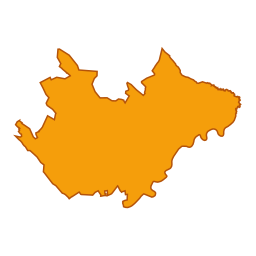 Valmieras pag., Burtnieku, Latvia
{"feature_id": "27541924B48848471739366", "entity_name": "Valmieras pag.", "entity_type": "district", "adm_level": 2, "iso_a3": "LVA", "parent_name": "Latvia", "parent_adm1": "Burtnieku", "projection": "mercator", "projection_center": [25.5, 57.594], "detail": "fine", "context": "isolated", "style": "filled", "palette": "amber", "viewbox_px": 256, "rotation_deg": 0, "n_neighbors": 0, "source": "geoboundaries", "source_scale": "gbopen_adm2", "svg_char_len": 5654}
<svg xmlns="http://www.w3.org/2000/svg" viewBox="0 0 256 256"><path d="M230.7,124.4L231.2,123.7L232.5,122.7L233.1,122.0L234.3,120.2L235.8,116.0L235.7,115.2L235.8,114.3L235.7,114.1L235.7,113.7L236.3,113.2L236.1,113.0L236.1,112.2L236.4,112.1L236.7,111.7L236.4,111.0L236.3,110.5L236.5,110.0L235.9,110.0L236.0,109.5L235.7,109.2L235.8,108.6L236.0,108.4L236.5,108.4L237.6,107.8L237.8,107.5L237.6,107.1L237.6,106.8L237.7,106.5L237.9,106.4L238.4,106.5L239.6,107.3L240.0,106.7L240.0,106.4L239.4,106.4L239.2,106.0L239.5,105.5L239.5,104.9L239.7,104.4L239.9,104.3L239.9,104.5L240.1,104.7L240.4,104.7L240.6,104.4L240.2,104.2L238.7,102.5L239.0,102.1L238.8,101.6L239.5,100.6L240.0,100.5L240.1,100.3L239.3,99.9L239.4,99.5L239.1,99.2L239.1,98.7L239.4,98.7L238.9,98.0L239.5,97.8L239.6,97.6L239.2,97.5L239.4,97.0L239.0,96.8L238.6,97.1L238.0,97.0L237.7,96.5L237.0,96.8L236.9,96.6L236.5,96.8L234.3,96.0L234.1,95.8L234.2,95.7L234.4,95.6L234.6,94.6L234.5,94.1L233.6,93.7L233.5,93.1L233.3,92.7L233.2,92.7L233.2,92.9L232.5,93.1L232.1,93.0L232.0,92.8L231.8,92.8L231.5,92.9L231.3,92.6L231.3,92.4L231.1,92.3L230.7,91.9L231.1,91.7L230.9,91.4L230.5,91.4L230.4,91.0L230.2,90.7L229.6,90.8L229.4,90.9L229.1,90.8L228.5,91.0L228.2,90.9L227.8,90.0L227.4,90.0L226.9,89.5L226.6,89.4L226.1,89.5L225.7,89.8L225.3,90.5L225.1,90.9L225.0,91.0L224.3,90.5L223.8,90.5L223.9,89.9L223.7,89.8L223.4,89.1L223.2,89.0L222.5,89.4L222.3,89.8L222.0,89.6L222.1,89.8L221.7,90.0L221.3,89.9L221.7,89.7L221.3,89.6L221.2,89.4L221.0,89.5L220.6,89.3L220.6,89.5L220.3,89.7L220.1,89.2L219.9,89.1L219.6,89.1L219.7,89.6L219.1,89.6L219.1,89.4L218.6,89.3L218.3,89.5L218.2,88.8L217.8,88.6L217.7,88.1L217.4,88.5L217.2,88.1L216.9,88.2L216.8,87.9L216.5,87.6L216.3,87.9L215.7,87.6L215.7,87.2L215.3,87.3L215.2,87.0L215.4,86.8L215.1,86.6L214.8,86.7L214.6,86.4L214.3,86.3L214.4,86.0L214.1,85.7L213.9,85.6L213.9,85.1L213.3,85.0L213.1,85.0L213.1,85.5L212.6,85.2L211.6,85.6L211.7,85.3L211.7,85.1L211.4,84.7L211.1,84.3L210.6,84.1L209.9,83.3L209.2,83.5L209.0,83.3L208.9,83.0L208.7,83.0L208.3,83.3L207.2,82.7L206.7,83.2L202.5,81.8L198.4,83.3L196.8,83.0L196.1,81.8L194.8,81.2L193.5,79.9L190.8,78.8L188.0,77.3L185.6,76.9L182.0,75.2L180.2,72.6L180.2,70.4L178.3,67.1L177.2,66.4L176.2,65.4L175.7,64.7L175.6,64.0L173.1,60.9L170.7,58.3L169.5,56.6L169.7,55.8L165.0,52.1L162.1,48.5L159.3,60.2L158.1,62.2L157.5,62.8L155.1,66.2L155.0,66.4L154.8,66.9L152.2,70.8L154.6,73.8L154.5,74.9L153.6,75.4L146.7,78.2L141.6,81.5L141.6,82.7L145.4,86.5L145.7,86.9L145.3,88.6L145.4,89.8L144.6,92.4L144.7,93.0L145.0,93.5L143.3,95.4L136.4,89.8L131.2,84.6L127.5,82.5L126.9,83.3L127.7,86.2L127.8,86.4L128.8,89.1L128.4,90.2L125.8,91.3L125.6,93.3L129.2,96.0L125.1,102.9L124.0,101.2L123.8,100.2L121.5,99.4L118.5,99.0L115.8,100.9L112.2,100.8L111.3,100.4L107.1,97.8L100.1,97.9L98.9,96.5L95.0,91.6L92.0,84.2L94.3,78.5L97.0,75.8L97.1,71.4L78.9,70.0L77.4,65.5L69.2,55.2L59.5,49.1L58.0,49.2L57.3,57.4L58.9,60.2L60.8,63.6L59.4,66.5L62.1,68.6L62.2,68.9L65.9,72.0L66.7,73.1L67.2,73.0L70.2,75.6L70.3,75.8L65.0,78.8L56.7,77.3L51.2,79.8L50.1,77.4L40.2,82.6L43.0,88.0L46.0,94.4L48.9,97.7L47.4,100.6L47.5,100.6L46.2,103.1L46.5,104.1L47.2,105.5L52.6,109.3L55.9,113.3L55.6,113.7L54.4,119.7L47.6,115.8L42.3,127.3L40.7,129.2L38.6,131.3L38.9,131.6L35.9,132.9L36.0,134.5L37.5,137.6L35.3,138.8L33.3,136.9L29.6,128.7L21.8,123.4L22.1,122.8L19.4,120.8L19.5,120.4L17.2,121.8L15.6,124.7L17.7,127.0L17.9,127.0L19.7,128.3L18.8,129.0L19.6,130.1L18.5,131.4L19.4,132.7L20.5,133.9L21.4,134.2L21.6,136.3L20.3,137.1L15.4,136.0L18.9,139.6L20.5,140.9L21.9,142.5L22.9,144.2L24.1,145.7L25.4,146.7L27.7,150.5L30.1,150.6L37.0,156.9L40.8,162.5L44.0,164.9L43.4,171.8L44.1,172.5L52.7,183.7L55.9,185.7L62.2,193.1L64.1,193.8L65.5,194.7L68.3,197.4L69.2,198.7L71.8,196.6L72.0,196.7L78.8,192.3L79.2,192.1L80.8,194.3L81.4,194.5L92.7,195.1L95.2,192.3L98.2,190.8L98.9,192.0L100.7,194.7L100.8,194.9L100.7,196.2L100.8,196.2L104.0,195.6L106.0,195.6L105.8,193.8L105.0,193.9L104.7,191.0L107.3,190.6L107.6,194.6L107.5,195.6L110.5,194.3L111.6,193.7L112.7,192.4L117.6,185.9L117.9,186.2L120.2,190.7L121.6,192.2L122.5,191.6L123.2,191.5L125.0,190.8L125.5,194.6L127.4,194.4L127.2,198.6L127.2,199.9L124.7,200.5L122.8,201.4L123.0,202.0L122.7,202.9L123.5,205.7L123.6,206.7L125.3,207.3L127.2,207.5L128.1,207.4L130.3,206.6L131.8,205.8L133.2,204.7L134.8,203.3L136.2,201.9L139.5,198.4L141.2,196.1L143.4,194.1L143.8,193.9L144.4,194.1L151.8,197.1L153.4,196.7L155.0,195.6L155.3,194.9L155.5,194.0L155.6,193.0L155.4,192.6L155.1,192.1L154.3,191.4L152.8,190.6L151.4,189.4L151.1,188.9L150.8,188.0L151.0,186.0L152.6,182.6L153.2,181.7L153.5,181.5L154.6,181.5L156.0,181.9L157.7,182.1L158.7,181.9L160.7,181.3L161.5,180.9L163.3,179.7L166.2,177.3L166.8,176.5L166.8,175.9L165.3,173.9L165.0,173.1L164.8,172.3L164.9,171.8L165.8,170.7L169.7,168.7L170.6,168.0L171.1,167.2L171.6,166.3L171.8,165.2L171.9,164.5L171.8,161.5L171.9,160.6L172.4,158.9L173.7,156.3L178.5,149.2L179.0,148.7L181.6,146.5L181.9,146.3L183.0,146.2L186.1,146.3L186.8,146.4L188.0,147.0L189.2,147.2L189.8,147.2L190.9,146.8L191.8,146.1L193.0,144.3L193.8,141.6L193.9,140.7L194.3,139.2L195.0,138.0L196.1,136.7L199.1,134.7L199.8,134.8L200.0,135.1L200.3,135.5L200.7,136.8L201.3,138.1L202.6,139.5L203.7,140.1L204.7,140.4L205.8,140.1L206.4,139.6L206.6,139.2L206.8,138.6L206.8,137.8L206.4,135.3L206.5,133.9L206.7,133.3L207.1,132.4L208.0,131.3L208.8,130.8L211.0,129.6L212.7,129.0L213.8,129.0L214.9,129.2L215.8,129.6L216.3,130.1L217.0,130.9L217.3,131.4L218.1,133.9L219.1,135.1L220.5,136.0L222.1,136.2L222.5,136.0L223.1,135.6L223.5,134.8L223.6,134.3L223.7,133.7L223.7,131.7L224.0,130.1L224.5,128.9L225.5,127.7L228.1,126.3L229.7,125.0L230.7,124.4Z" fill="#f59e0b" stroke="#b45309" stroke-width="1.5"/></svg>